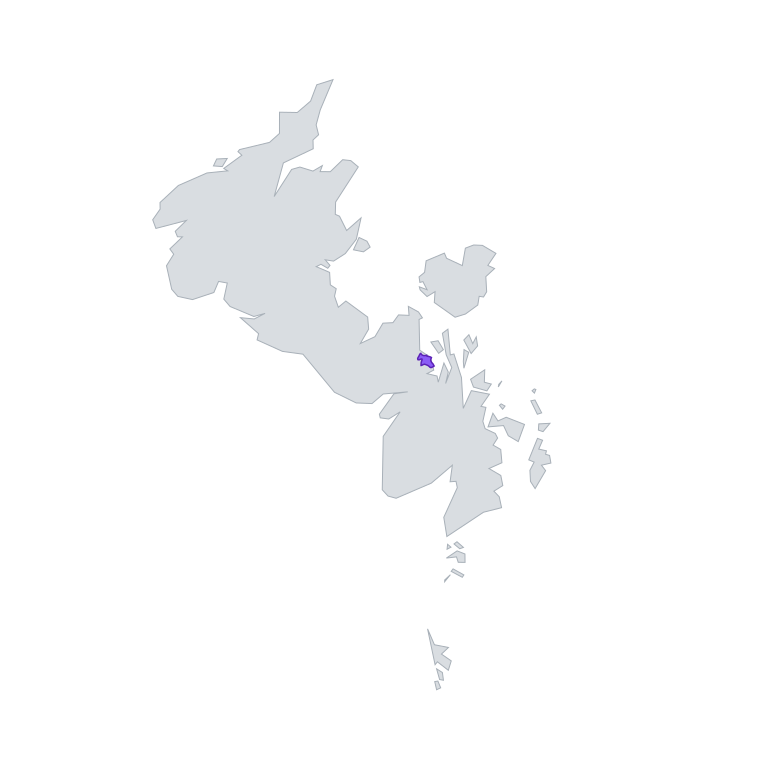 location of North Ayshire within United Kingdom, rotated 156°
{"feature_id": "GBR-2006", "entity_name": "North Ayshire", "entity_type": "Unitary District", "adm_level": 1, "iso_a3": "GBR", "parent_name": "United Kingdom", "parent_adm1": "", "projection": "mercator", "projection_center": [-4.697, 55.716], "detail": "fine", "context": "in_parent", "style": "filled", "palette": "violet", "viewbox_px": 768, "rotation_deg": 156, "n_neighbors": 0, "source": "natural_earth", "source_scale": "10m", "svg_char_len": 4457}
<svg xmlns="http://www.w3.org/2000/svg" viewBox="0 0 768 768"><g transform="rotate(156 384 384)"><path d="M408.1,599.9L381.1,617.6L372.6,616.4L362.3,607.4L351.5,608.6L356.0,604.0L346.7,599.8L330.5,605.7L323.5,601.6L319.2,592.8L354.2,569.9L359.5,558.8L356.4,555.4L355.7,539.4L337.4,545.1L350.4,527.5L366.3,518.9L380.1,516.8L387.2,521.4L385.1,514.3L388.3,512.6L392.9,519.0L398.2,518.8L388.3,508.1L392.7,496.4L388.9,490.5L393.5,484.3L394.5,472.7L385.1,475.3L371.7,451.8L375.7,440.4L389.2,430.6L373.0,430.9L360.2,440.0L350.9,436.4L342.6,441.2L333.2,436.5L330.2,445.0L323.2,435.8L322.0,428.8L325.7,428.7L337.6,400.4L330.8,389.4L332.9,376.5L340.5,376.0L332.3,369.7L333.7,363.6L320.7,378.8L320.4,368.8L327.5,359.4L315.4,371.5L315.3,385.4L310.0,406.6L303.3,408.1L311.6,383.6L307.9,383.0L310.6,358.4L321.5,329.5L306.9,342.4L291.8,331.8L304.5,324.1L300.4,321.2L308.9,309.7L309.8,302.1L302.5,293.6L302.2,288.4L309.2,283.8L304.0,276.7L308.3,264.1L322.5,264.1L314.5,252.9L316.8,242.9L327.2,241.4L324.6,234.1L326.9,223.2L345.3,226.4L388.6,219.1L383.6,237.9L359.2,259.5L357.8,265.8L363.4,267.8L354.6,282.0L381.1,274.2L419.4,274.7L425.9,280.0L428.6,288.1L406.0,336.5L380.6,352.0L393.9,350.1L401.2,354.6L400.5,358.3L378.9,371.0L365.5,367.2L388.8,375.2L402.9,371.0L417.1,378.0L432.6,396.6L445.9,444.2L463.5,455.1L482.0,475.9L478.1,481.0L488.2,503.0L476.1,496.2L463.9,496.9L475.4,498.6L493.1,517.4L495.8,526.7L486.1,540.0L493.4,545.0L502.2,536.8L524.6,539.0L536.7,547.9L539.4,556.9L534.6,580.5L523.3,588.1L524.7,594.5L508.3,600.4L512.8,602.5L512.6,608.4L498.0,613.8L529.1,618.9L528.5,628.1L517.4,634.8L514.8,640.9L491.1,649.0L459.9,648.8L440.1,642.3L442.7,646.1L420.8,650.8L422.9,655.7L420.6,656.9L390.3,651.3L377.6,655.4L368.9,674.8L352.8,667.3L336.0,672.3L323.7,684.7L306.8,682.8L330.8,660.3L340.6,648.3L342.4,638.3L349.6,635.8L353.0,627.7L386.0,626.9L408.1,599.9ZM295.4,479.4L275.6,479.0L275.7,473.4L264.3,460.3L254.4,475.0L245.5,474.5L237.7,470.6L228.6,457.8L240.9,450.1L236.0,444.5L247.3,440.7L252.7,426.5L257.7,423.0L261.4,425.4L266.2,418.0L281.1,414.8L291.9,416.1L304.9,438.0L299.8,447.6L309.1,446.4L312.7,455.3L312.2,458.4L306.3,452.6L306.8,461.7L309.9,462.2L308.4,467.6L301.5,469.5L295.4,479.4ZM289.8,235.4L285.8,245.8L278.6,251.6L282.6,255.8L265.9,271.9L262.0,268.1L269.1,261.6L262.8,256.9L265.0,254.1L261.8,251.4L263.7,243.9L273.2,245.8L271.6,239.1L288.5,227.0L289.8,235.4ZM291.5,286.2L291.7,297.4L306.4,302.5L296.4,313.0L294.9,303.9L285.9,303.9L272.1,289.9L284.8,276.8L291.5,286.2ZM441.7,96.3L448.2,108.5L451.5,106.8L443.8,142.6L444.0,125.3L432.3,117.1L441.4,113.9L435.2,103.7L441.7,96.3ZM303.0,353.1L286.2,356.0L291.6,344.8L286.0,340.3L292.8,335.9L303.5,344.8L303.0,353.1ZM349.0,513.1L357.3,519.0L347.2,528.0L341.5,521.4L341.0,514.7L349.0,513.1ZM292.0,376.4L293.2,391.7L286.4,394.5L286.5,384.8L280.6,389.5L283.0,380.7L292.0,376.4ZM388.7,190.9L388.1,196.6L397.8,199.6L385.1,201.8L379.2,195.8L382.5,188.1L388.7,190.9ZM324.1,403.3L317.0,401.5L315.8,391.2L321.6,389.8L324.1,403.3ZM451.1,652.6L445.3,657.6L435.5,653.8L443.3,648.4L451.1,652.6ZM296.9,382.9L293.7,378.5L304.6,365.9L302.4,372.2L296.9,382.9ZM258.1,275.8L261.7,279.1L258.8,284.6L248.4,280.6L258.1,275.8ZM256.7,308.9L252.6,308.0L251.7,293.5L256.2,294.0L256.7,308.9ZM451.8,102.4L448.0,96.7L450.2,89.2L453.4,91.4L451.8,102.4ZM398.8,185.5L396.1,187.0L388.7,177.1L391.1,175.6L398.8,185.5ZM385.1,209.4L381.5,210.2L377.9,202.4L381.8,202.7L385.1,209.4ZM460.3,83.3L458.7,91.5L455.6,90.7L455.8,83.4L460.3,83.3ZM408.2,180.3L400.9,182.8L409.0,178.7L408.2,180.3ZM287.2,317.6L285.1,318.2L282.4,314.6L285.9,312.7L287.2,317.6ZM393.6,207.4L391.1,211.7L389.2,207.7L393.6,207.4ZM279.3,337.0L275.0,338.9L280.8,334.8L279.3,337.0ZM251.5,317.6L248.7,318.4L247.5,317.2L250.3,314.5L251.5,317.6Z" fill="#d9dde1" stroke="#a8b0b8" stroke-width="1"/><path d="M337.9,397.0L337.8,395.8L337.1,394.6L336.2,393.8L334.5,393.1L333.5,393.0L333.2,392.8L333.4,392.3L333.4,391.9L331.6,390.7L330.6,389.8L329.9,388.9L331.3,387.4L331.8,386.2L331.7,384.3L331.5,383.6L331.3,383.1L331.1,382.6L330.9,380.1L331.0,380.1L332.1,379.8L333.8,379.8L334.5,379.9L335.2,380.6L335.7,381.9L336.4,383.1L337.9,384.7L338.9,385.6L340.7,385.8L341.8,385.7L342.6,385.8L342.6,386.0L342.2,386.8L341.3,388.5L340.2,389.8L339.4,390.6L339.2,391.3L339.7,391.7L340.4,391.8L341.3,391.8L342.1,391.8L343.1,392.4L343.1,392.9L342.8,393.7L341.9,394.5L340.8,395.2L340.6,395.4L339.7,396.2L338.5,397.0L338.2,397.0L337.9,397.0Z" fill="#8b5cf6" stroke="#5b21b6" stroke-width="1.5"/></g></svg>